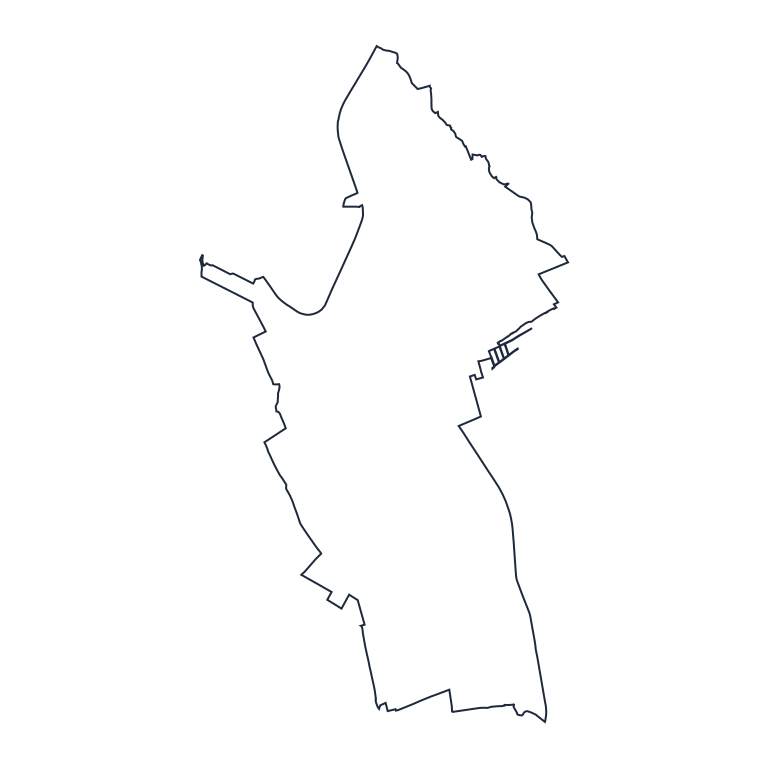 Bacau, Bacau, Romania
{"feature_id": "2599482B93672222813431", "entity_name": "Bacau", "entity_type": "district", "adm_level": 2, "iso_a3": "ROU", "parent_name": "Romania", "parent_adm1": "Bacau", "projection": "albers", "projection_center": [26.916, 46.564], "detail": "fine", "context": "isolated", "style": "outline", "palette": "slate", "viewbox_px": 768, "rotation_deg": 0, "n_neighbors": 0, "source": "geoboundaries", "source_scale": "gbopen_adm2", "svg_char_len": 6068}
<svg xmlns="http://www.w3.org/2000/svg" viewBox="0 0 768 768"><path d="M264.4,442.3L265.7,444.9L267.6,449.4L267.7,450.5L271.8,459.3L274.0,464.1L276.6,469.2L279.7,474.9L282.4,478.6L286.3,484.8L286.1,488.0L286.2,488.8L287.1,490.6L287.8,491.7L290.4,496.4L290.6,497.2L291.8,499.6L292.7,501.9L294.7,507.7L297.1,514.1L299.2,520.5L300.3,523.6L302.0,526.4L308.2,535.6L316.3,547.1L320.3,552.2L321.2,553.6L315.6,559.2L304.8,571.6L301.3,574.8L331.6,592.0L327.3,599.8L341.5,608.6L349.1,594.7L357.7,600.1L364.6,624.7L360.9,625.8L361.4,626.1L362.0,627.3L362.5,629.4L362.9,633.3L365.0,645.3L366.9,654.2L368.3,660.2L369.7,667.3L371.2,673.7L371.8,676.8L373.6,684.7L374.7,690.1L375.9,698.9L375.8,699.9L375.6,700.0L376.0,702.4L377.7,707.0L379.0,708.9L380.2,705.4L385.6,702.9L387.7,711.1L395.5,709.2L395.9,710.6L398.1,710.1L413.4,703.9L421.4,700.4L430.0,696.9L449.3,689.7L451.8,706.3L452.1,711.5L452.7,711.9L478.5,708.1L481.5,707.8L485.4,707.8L487.5,707.9L491.3,706.8L497.8,706.2L501.7,706.1L504.6,705.6L504.6,704.9L509.0,705.0L512.7,704.7L513.5,704.4L514.0,704.8L513.6,706.6L514.0,707.7L516.7,712.3L517.0,712.9L517.3,714.2L518.3,714.9L521.3,715.4L522.2,715.3L522.8,714.6L524.2,712.4L524.9,711.9L525.9,711.3L527.0,711.2L527.8,711.3L531.0,712.4L533.8,713.7L536.4,715.0L536.9,715.6L544.9,721.9L545.3,720.5L545.7,717.9L546.2,714.2L546.2,711.2L546.0,707.7L545.7,705.2L544.9,701.1L537.4,657.6L535.7,649.1L535.4,645.7L534.8,641.6L530.2,615.9L529.8,614.2L528.9,611.6L522.0,594.1L516.8,580.1L516.3,577.5L516.0,575.4L513.7,542.5L512.6,529.1L512.1,524.4L511.0,518.2L510.0,513.9L508.7,509.7L507.2,505.5L505.9,501.7L504.2,497.8L502.3,493.7L498.9,487.4L491.5,475.9L488.3,471.2L476.8,453.5L469.5,442.4L462.6,431.6L458.7,426.0L480.9,416.5L469.9,376.5L474.7,374.9L476.2,379.4L483.0,377.5L481.5,372.9L481.2,372.2L480.6,369.5L478.4,361.3L481.5,360.8L483.5,360.3L491.1,358.0L494.1,366.0L493.5,367.1L492.3,368.1L492.4,368.8L493.8,367.6L494.3,367.0L494.7,366.2L495.7,365.3L502.8,360.1L514.5,351.1L517.8,349.1L517.6,348.6L514.7,350.5L499.4,362.1L494.5,365.6L491.4,356.9L490.7,355.9L488.9,351.1L494.1,348.8L496.6,355.9L498.0,359.9L499.0,362.2L499.3,362.0L498.4,359.6L494.5,348.6L499.4,346.5L503.8,358.6L504.0,358.3L499.8,346.2L500.1,345.9L504.5,343.9L506.7,350.0L508.3,355.1L508.7,354.9L505.0,343.8L512.8,340.0L514.1,339.0L519.4,335.7L529.4,329.9L529.7,329.6L532.1,328.2L520.8,334.6L519.2,335.4L513.5,339.0L512.7,339.6L499.9,345.7L498.9,343.8L498.4,344.1L497.7,342.8L500.1,341.2L500.2,341.4L501.9,340.5L507.8,336.4L507.9,336.5L509.1,335.7L510.0,334.9L510.3,334.3L510.9,333.9L511.0,334.0L512.4,333.0L512.6,333.3L514.7,331.9L516.2,331.3L518.0,329.4L519.0,328.6L520.3,327.1L521.3,326.3L525.5,323.4L528.1,322.1L528.9,321.9L531.1,321.8L531.6,321.6L535.5,318.6L540.0,315.7L545.2,312.8L545.5,313.1L547.5,312.0L547.3,311.6L551.2,309.5L553.6,308.4L554.0,309.0L556.4,307.6L553.9,304.3L558.1,302.4L549.7,291.0L542.0,280.2L540.9,278.5L538.7,274.3L568.0,262.4L564.4,256.0L562.0,256.9L560.1,255.2L557.5,252.4L552.0,246.3L550.2,245.0L546.9,243.4L537.3,239.3L537.0,235.7L536.8,234.3L535.6,230.9L534.1,227.6L532.3,222.3L531.7,217.3L532.3,212.9L531.5,209.6L531.2,205.1L530.7,202.3L528.0,199.5L524.6,197.7L519.8,196.6L518.5,196.0L505.2,186.7L508.3,183.8L507.9,183.5L504.0,184.5L499.5,182.3L498.2,181.0L496.7,179.4L496.3,178.5L496.2,177.8L496.4,177.3L496.1,176.9L495.4,177.3L494.1,178.2L492.0,176.5L490.2,173.6L489.3,171.8L489.0,170.0L488.9,168.1L489.6,166.1L489.1,165.7L488.9,164.0L488.5,162.5L488.0,161.5L486.0,158.9L485.7,157.7L485.7,157.1L485.3,156.0L483.0,156.2L481.9,156.9L480.3,154.9L478.8,154.8L477.5,155.4L472.6,154.5L472.4,159.1L471.1,159.7L470.2,157.3L468.5,153.1L467.7,151.0L465.7,146.2L464.9,146.5L463.2,143.6L462.2,140.9L459.9,139.3L456.4,137.2L455.9,136.4L455.2,133.6L454.8,133.0L453.5,131.1L451.2,129.5L451.0,128.9L451.2,127.8L450.6,127.3L450.3,126.8L450.2,125.7L448.9,125.3L447.0,125.1L446.0,123.9L444.9,122.2L442.2,119.5L440.1,118.0L438.8,116.6L438.3,115.7L438.1,114.7L437.9,111.9L435.3,113.2L433.1,111.4L431.9,109.6L431.5,107.0L431.5,104.7L431.4,102.9L431.5,100.2L431.1,93.9L430.8,91.9L430.7,90.6L430.7,89.6L431.1,88.4L429.8,86.9L429.5,86.2L429.6,85.8L421.3,88.2L417.6,89.0L415.3,86.6L411.9,83.2L410.6,79.2L409.5,76.4L408.3,74.1L406.1,71.5L402.9,69.0L400.9,67.7L398.0,63.7L397.6,63.3L397.0,63.0L397.7,58.6L397.7,56.7L397.1,53.7L394.6,52.4L393.5,52.3L389.5,50.9L386.5,50.6L383.0,49.7L380.7,48.1L379.3,47.7L376.7,46.1L369.8,58.8L365.4,66.5L349.8,92.4L344.7,101.1L343.3,103.9L342.0,106.8L340.8,109.7L339.8,113.2L338.8,117.4L338.5,119.6L337.9,121.3L337.6,126.7L337.7,129.8L338.3,136.0L338.7,138.0L342.3,149.2L345.9,159.5L347.9,165.2L356.1,188.6L357.5,192.9L355.5,193.9L353.4,194.7L346.2,198.0L345.3,199.0L344.9,199.8L344.3,201.7L343.6,204.1L343.3,206.2L343.3,206.7L357.1,206.7L359.5,207.0L360.3,206.0L362.1,205.2L362.6,207.0L362.9,210.1L363.0,215.7L362.4,218.5L362.0,219.9L360.0,225.5L355.5,237.4L351.9,245.7L343.2,264.9L332.1,289.1L325.0,305.4L321.6,309.6L319.1,311.5L316.4,312.9L313.0,314.1L309.9,314.7L306.7,314.8L302.9,314.0L300.2,313.2L297.3,311.7L290.0,306.7L286.6,304.6L282.1,301.2L279.9,299.3L277.8,297.2L276.4,295.5L269.5,285.5L264.3,278.2L263.2,276.9L262.3,277.2L259.2,278.5L256.3,278.9L255.8,279.1L255.0,279.5L254.8,279.9L254.5,281.2L253.2,283.6L234.6,274.2L232.8,273.5L230.2,274.2L212.5,265.2L212.0,265.4L211.1,265.4L210.2,265.2L207.8,264.1L206.8,263.3L205.8,264.1L205.0,265.1L204.2,265.6L203.7,265.7L202.3,261.5L202.5,261.4L202.3,259.8L202.4,259.7L202.8,255.5L202.2,255.2L200.0,259.9L200.5,261.1L200.9,262.3L201.6,265.5L201.8,266.4L201.9,270.5L201.6,271.1L201.5,272.8L201.5,276.6L252.7,302.5L252.8,306.0L253.4,307.9L254.3,309.8L258.9,318.3L263.9,327.8L265.7,331.5L253.5,337.5L256.0,343.4L263.4,359.4L267.7,371.3L269.0,374.3L272.2,380.5L272.8,382.5L273.0,383.9L273.3,384.2L274.8,384.4L276.7,384.4L279.1,384.2L279.5,385.8L279.5,387.7L279.0,390.1L278.0,393.5L278.1,395.7L277.8,399.0L277.7,402.4L277.2,403.1L276.5,404.5L275.7,406.5L275.9,408.2L276.3,409.9L276.4,411.4L278.3,411.9L279.4,412.9L280.2,414.4L281.0,416.6L284.4,424.5L285.7,428.3L264.4,442.3Z" fill="none" stroke="#1e293b" stroke-width="2"/></svg>